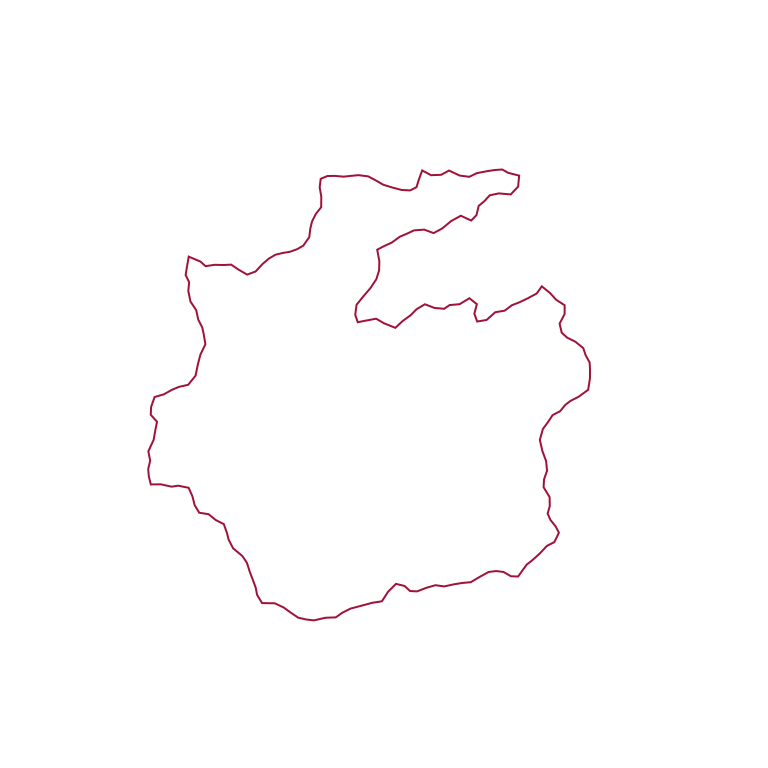 Ouro Branco, Minas Gerais, Brazil (orthographic projection), rotated 129°
{"feature_id": "56859067B93796062388454", "entity_name": "Ouro Branco", "entity_type": "district", "adm_level": 2, "iso_a3": "BRA", "parent_name": "Brazil", "parent_adm1": "Minas Gerais", "projection": "orthographic", "projection_center": [-43.694, -20.527], "detail": "fine", "context": "isolated", "style": "outline", "palette": "rose", "viewbox_px": 768, "rotation_deg": 129, "n_neighbors": 0, "source": "geoboundaries", "source_scale": "gbopen_adm2", "svg_char_len": 2782}
<svg xmlns="http://www.w3.org/2000/svg" viewBox="0 0 768 768"><g transform="rotate(129 384 384)"><path d="M137.0,410.1L141.7,420.3L142.9,427.1L147.9,432.5L153.7,437.8L161.8,444.6L169.3,448.1L174.4,456.4L177.2,467.8L185.4,471.2L192.1,478.8L194.0,488.7L203.1,485.6L210.6,482.6L217.1,485.5L222.1,492.4L226.2,501.5L229.6,510.0L231.2,519.9L232.6,527.0L237.8,535.3L243.0,540.6L248.3,545.9L253.3,553.3L258.0,558.9L264.4,562.3L271.7,557.7L277.9,550.6L286.1,544.1L294.8,544.0L303.0,542.2L309.5,539.1L316.9,534.5L327.2,533.8L334.0,536.4L340.4,540.3L346.1,545.3L351.8,549.7L359.0,552.4L367.1,553.9L377.4,554.6L385.1,559.2L386.7,569.4L387.4,577.9L392.8,583.9L398.0,590.7L404.7,596.8L404.4,603.8L407.9,615.9L416.9,610.9L424.2,606.7L427.5,599.5L434.9,594.6L441.7,586.3L444.8,576.4L450.9,568.8L454.5,560.7L458.8,555.4L465.5,547.8L476.6,545.2L485.9,541.0L496.1,535.7L507.9,535.7L515.2,541.5L522.0,545.2L530.6,548.6L538.5,554.1L548.5,550.5L554.7,545.9L556.2,536.6L563.0,533.1L572.3,527.9L584.6,524.8L590.7,517.5L598.5,513.7L603.9,508.5L608.8,502.0L602.4,494.3L597.5,484.5L592.6,480.0L587.6,470.5L591.9,462.1L597.4,454.8L600.3,446.5L595.6,438.5L595.6,429.1L593.7,420.3L598.6,412.3L602.6,407.0L606.7,397.8L606.8,385.8L609.3,377.9L614.7,369.7L618.6,362.9L623.1,355.4L627.7,350.0L631.0,340.9L623.1,330.8L620.8,321.2L620.4,312.9L619.6,303.7L616.1,296.5L611.8,289.7L602.5,282.4L595.7,274.6L588.4,272.6L579.8,268.8L569.8,261.5L561.4,255.4L554.2,248.9L542.8,250.1L531.8,248.9L528.0,240.9L528.5,233.5L524.4,227.8L515.8,222.9L508.0,217.4L503.4,209.8L495.9,203.8L489.4,198.0L483.5,191.9L472.8,187.9L464.2,184.4L458.8,179.1L454.9,173.0L453.5,164.3L449.2,158.6L441.5,159.1L434.4,159.4L428.0,157.9L417.9,156.3L407.2,155.5L399.7,152.1L389.5,154.5L386.7,160.8L384.9,169.1L381.7,175.3L374.6,178.3L367.7,184.1L363.8,195.0L357.4,199.6L348.8,202.7L341.9,209.5L336.5,218.6L329.4,227.7L319.0,232.2L310.4,232.6L302.0,233.4L294.2,230.0L286.3,230.0L279.9,228.5L271.6,224.8L260.0,221.7L250.0,227.5L243.6,232.6L237.9,237.7L234.7,245.5L230.7,251.7L230.7,261.9L232.7,270.7L232.3,278.2L226.6,285.5L215.9,287.7L209.1,293.2L210.2,303.2L208.8,312.4L208.8,322.8L217.6,322.3L227.6,326.5L235.5,330.3L242.3,334.2L251.1,336.4L258.2,342.7L269.7,344.6L276.8,350.9L272.5,358.0L263.5,362.1L263.6,371.6L274.3,375.4L281.4,382.7L287.7,384.6L293.1,392.6L296.3,402.4L305.5,405.8L313.8,406.6L323.6,409.2L333.2,410.5L336.8,422.2L338.2,431.2L345.8,437.7L352.5,443.3L348.3,449.9L339.7,455.2L329.3,455.2L318.1,454.9L307.4,455.9L298.8,459.3L291.6,464.8L283.9,473.8L276.7,470.7L269.3,467.0L259.6,464.4L252.8,460.8L245.8,457.4L238.7,449.9L235.5,440.4L226.6,436.7L214.9,434.3L204.9,430.2L202.1,419.1L194.6,418.4L186.0,422.5L178.3,421.0L170.8,420.6L163.6,414.7L156.9,404.8L146.2,404.0L137.0,410.1Z" fill="none" stroke="#9f1239" stroke-width="2"/></g></svg>